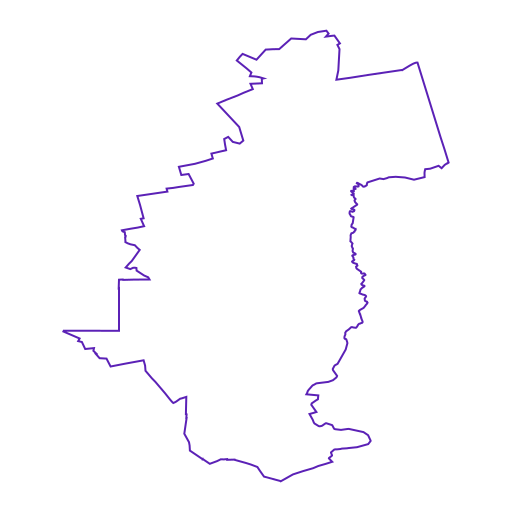 Īves pag., Talsi, Latvia
{"feature_id": "27541924B94003939070520", "entity_name": "Īves pag.", "entity_type": "district", "adm_level": 2, "iso_a3": "LVA", "parent_name": "Latvia", "parent_adm1": "Talsi", "projection": "natural_earth1", "projection_center": [22.538, 57.438], "detail": "fine", "context": "isolated", "style": "outline", "palette": "violet", "viewbox_px": 512, "rotation_deg": 0, "n_neighbors": 0, "source": "geoboundaries", "source_scale": "gbopen_adm2", "svg_char_len": 6024}
<svg xmlns="http://www.w3.org/2000/svg" viewBox="0 0 512 512"><path d="M337.6,363.8L345.7,349.5L347.4,343.2L347.2,342.1L346.3,339.4L345.8,339.0L345.0,338.9L344.5,338.4L344.4,337.3L344.6,336.2L345.3,334.6L345.4,334.1L345.2,332.9L345.5,332.4L346.0,331.4L348.8,329.4L351.2,327.2L352.0,327.1L353.5,327.5L355.9,327.8L356.3,327.5L357.0,326.7L357.8,325.4L357.8,325.2L358.6,324.2L359.3,323.7L360.1,323.6L361.3,323.0L362.0,322.9L362.5,322.4L362.6,321.8L362.5,321.3L361.5,318.9L361.4,318.2L361.2,318.1L360.9,316.8L360.8,316.4L360.5,315.6L360.5,315.2L360.1,314.6L360.1,314.1L359.9,314.0L359.3,312.4L359.3,312.0L359.0,311.6L358.9,311.3L359.1,311.0L359.0,310.8L359.7,310.1L363.6,307.9L365.4,305.7L365.5,305.4L366.9,303.8L367.5,302.8L367.1,302.4L367.1,301.8L367.0,301.7L365.4,301.1L365.1,300.9L364.8,300.2L364.8,299.9L364.6,298.7L364.9,298.1L365.9,296.8L366.1,296.3L366.0,296.0L365.5,295.5L364.7,295.0L362.5,294.5L361.2,293.9L360.1,293.6L359.4,293.1L360.2,290.8L360.5,289.5L362.1,287.9L363.7,286.9L364.4,286.3L364.5,286.1L364.4,285.8L364.0,285.6L362.7,285.3L361.8,284.8L361.5,284.5L361.3,283.9L362.1,283.1L364.2,280.3L364.2,279.9L362.2,277.9L362.5,276.7L364.2,275.6L365.4,275.1L365.5,274.9L364.7,273.7L364.1,273.4L362.0,273.6L361.5,273.5L361.2,273.2L361.0,272.8L361.1,271.7L356.9,268.8L356.3,268.0L356.1,266.6L357.4,265.6L357.4,265.4L357.1,265.1L356.9,264.0L356.6,263.8L356.1,263.8L353.2,262.8L352.2,261.9L352.1,261.5L352.4,261.2L354.0,260.3L354.3,259.8L353.5,258.9L353.4,257.4L352.4,256.0L352.3,255.6L352.6,255.3L353.5,255.0L355.4,254.5L355.6,254.3L355.6,253.9L355.0,253.4L353.2,252.5L352.6,251.1L352.6,250.6L352.9,248.9L352.9,248.4L352.4,247.9L351.7,246.0L351.9,245.5L352.2,244.2L352.5,243.5L351.3,242.1L350.4,241.3L350.7,237.1L350.6,235.2L351.4,233.3L351.6,233.2L352.2,233.1L353.1,232.8L353.6,232.4L353.8,232.0L354.4,231.7L354.5,231.2L355.3,230.4L355.7,229.5L355.6,228.9L354.9,228.9L354.6,228.7L353.4,227.8L352.0,227.3L351.4,226.8L351.3,226.5L351.5,225.8L351.5,225.0L352.1,224.0L352.7,223.2L353.6,217.4L353.6,217.2L353.4,217.0L352.6,216.7L351.3,216.4L351.0,216.2L350.8,215.9L350.3,214.8L349.7,213.9L349.5,213.1L349.8,211.4L350.0,211.2L350.8,211.2L351.7,211.5L352.1,211.7L352.5,211.8L354.0,211.2L354.4,210.4L354.4,210.1L354.3,209.8L353.3,209.4L351.5,208.9L351.3,208.6L352.1,208.0L356.7,205.0L357.1,204.7L357.2,204.3L355.7,202.8L355.0,201.9L354.5,200.6L354.6,200.2L355.5,199.2L355.5,198.8L354.5,198.0L354.0,197.4L353.8,196.9L353.6,195.1L352.0,195.2L351.6,194.9L352.2,194.5L353.0,194.0L353.7,193.8L353.7,193.5L351.3,191.5L351.1,191.2L351.2,190.9L352.3,190.8L353.8,191.0L353.7,188.7L354.8,188.7L355.1,189.0L355.5,188.9L355.5,188.6L355.0,188.2L353.8,187.7L353.8,187.0L354.0,186.8L355.0,186.3L357.8,186.6L358.5,186.4L358.6,186.2L358.6,185.8L358.3,184.1L356.8,183.3L356.9,183.0L357.1,182.8L358.2,183.2L359.8,184.2L360.5,184.4L362.1,185.5L362.8,186.4L363.6,186.7L364.8,186.5L365.4,185.9L366.2,185.7L366.8,185.2L366.9,183.9L367.1,183.5L367.1,183.1L367.5,182.4L379.7,178.5L383.5,179.1L387.0,178.1L388.8,177.3L395.7,176.8L405.0,177.5L414.0,179.7L424.6,177.1L424.5,172.9L424.7,171.3L425.2,169.2L430.2,168.7L438.6,165.8L441.6,168.2L444.7,164.9L447.8,162.9L447.9,163.1L448.6,162.6L444.5,149.3L440.5,137.0L417.5,62.6L416.2,62.6L414.4,63.2L412.8,63.9L409.7,65.6L402.1,70.2L401.8,70.0L367.8,75.0L350.1,77.8L336.4,79.7L338.3,70.5L339.5,49.1L337.4,44.9L339.9,43.4L334.4,35.6L332.2,35.8L325.9,36.6L328.6,33.6L326.4,30.7L317.9,32.0L310.7,34.8L305.9,39.3L291.2,38.5L279.2,49.1L273.0,49.2L265.7,49.6L256.5,59.7L242.6,53.9L239.9,56.7L236.8,60.5L246.5,68.3L251.4,72.5L249.9,76.2L254.5,76.4L256.8,76.7L259.5,77.2L263.5,78.4L261.8,78.8L262.0,83.3L250.5,83.8L252.8,89.1L243.6,92.8L237.6,95.5L226.7,99.7L217.3,103.6L239.2,127.0L243.3,140.6L239.7,143.6L232.8,141.9L228.2,136.9L224.2,139.0L225.0,144.3L226.1,150.2L211.4,153.6L212.8,158.5L205.8,160.8L195.0,163.8L178.9,166.8L181.3,175.0L188.6,174.0L193.7,183.7L192.9,185.0L178.7,187.0L173.2,187.9L166.6,188.6L167.4,191.6L137.3,196.0L140.0,204.8L143.6,218.3L140.8,218.8L144.1,226.2L137.6,227.6L130.8,228.7L121.9,230.3L122.1,230.8L122.8,231.5L124.8,232.2L125.0,235.0L125.7,235.7L125.6,236.8L125.1,237.1L125.4,240.6L125.4,242.1L127.7,243.3L130.4,244.3L134.8,245.2L137.3,247.8L139.7,249.9L131.7,261.1L129.1,263.6L125.7,267.5L130.3,269.1L133.1,267.8L134.9,267.7L136.4,268.0L136.6,270.6L144.1,275.5L148.2,277.3L149.5,279.5L133.9,279.6L123.1,279.9L122.9,279.5L119.0,279.7L118.7,288.3L119.0,288.2L119.0,330.8L63.8,330.7L63.4,331.5L79.6,338.5L78.2,341.1L81.9,342.0L85.2,349.0L94.0,348.1L93.4,350.8L96.4,353.7L95.8,353.9L99.6,358.2L106.5,358.6L110.6,366.5L125.5,363.6L143.6,360.3L145.1,365.6L145.5,370.8L151.9,378.3L155.4,381.9L165.1,393.3L170.1,399.6L172.1,401.9L173.3,403.0L175.3,402.1L176.3,401.5L180.2,398.7L181.6,398.4L186.3,396.9L185.9,413.9L186.3,413.8L186.6,414.2L186.3,418.0L186.6,418.0L184.3,433.7L189.0,442.2L189.6,445.5L189.9,450.6L202.3,459.0L202.5,458.9L202.6,459.5L203.4,459.4L204.0,459.9L209.8,463.8L217.1,461.1L220.8,459.3L223.9,459.4L227.1,459.1L227.1,459.8L234.5,459.6L234.5,459.8L246.0,463.0L250.8,464.5L257.4,467.0L259.7,470.5L264.0,476.6L280.3,481.0L280.7,481.3L293.0,474.4L303.1,471.1L313.1,468.2L318.3,466.0L325.6,463.9L332.2,461.8L328.9,458.4L329.0,458.0L331.6,456.0L332.0,455.5L332.0,455.2L331.0,452.7L331.0,452.4L334.2,449.6L334.5,449.5L336.0,449.3L336.7,449.4L340.4,449.0L341.9,448.6L347.1,448.3L348.1,448.1L357.0,447.2L368.2,444.1L370.6,441.0L370.6,440.6L368.1,435.2L363.5,432.1L348.8,428.9L347.4,429.0L341.0,429.9L335.2,429.2L334.3,428.9L333.7,428.0L332.3,425.3L332.1,425.1L326.5,423.3L326.0,423.2L325.0,423.7L322.3,425.6L321.7,425.9L319.8,426.3L318.7,426.1L314.5,423.5L313.8,422.5L312.7,419.7L309.5,414.0L313.5,412.9L316.4,412.0L311.3,404.8L311.7,403.4L316.0,400.4L317.9,399.3L318.3,395.4L306.4,394.3L307.3,392.6L307.7,391.2L308.7,389.8L312.3,385.7L313.3,385.0L314.3,384.6L315.9,383.6L316.8,383.3L328.3,381.9L333.0,380.2L336.3,377.5L336.8,376.7L337.1,375.9L333.1,370.3L332.8,369.4L332.8,368.9L334.5,365.7L335.1,365.2L337.3,364.0L337.6,363.8Z" fill="none" stroke="#5b21b6" stroke-width="2"/></svg>